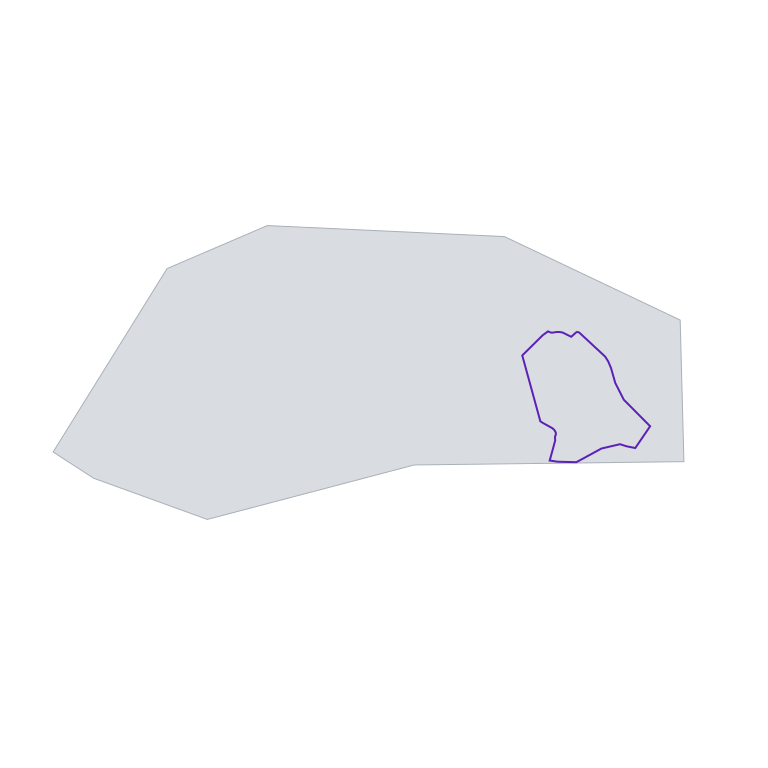 location of Saint George within Dominica, rotated 282°
{"feature_id": "DMA-1434", "entity_name": "Saint George", "entity_type": "Parish", "adm_level": 1, "iso_a3": "DMA", "parent_name": "Dominica", "parent_adm1": "", "projection": "mercator", "projection_center": [-61.35, 15.3], "detail": "fine", "context": "in_parent", "style": "outline", "palette": "violet", "viewbox_px": 768, "rotation_deg": 282, "n_neighbors": 0, "source": "natural_earth", "source_scale": "10m", "svg_char_len": 887}
<svg xmlns="http://www.w3.org/2000/svg" viewBox="0 0 768 768"><g transform="rotate(282 384 384)"><path d="M508.1,660.4L370.4,693.5L311.1,430.4L214.8,239.3L231.4,119.7L248.7,74.5L451.8,147.8L514.7,236.9L553.2,471.2L508.1,660.4Z" fill="#d9dde1" stroke="#a8b0b8" stroke-width="1"/><path d="M373.6,643.1L373.5,633.9L374.2,627.4L366.1,610.1L347.5,588.4L344.1,570.1L343.6,562.0L360.7,563.0L361.2,563.0L363.8,563.2L364.7,563.1L367.5,562.3L368.2,562.3L368.9,562.3L369.5,562.5L370.1,562.6L371.1,562.4L372.3,562.1L374.5,560.1L375.8,557.8L379.1,547.0L379.4,546.4L379.6,545.8L380.0,544.7L440.7,513.3L464.7,529.1L469.6,533.5L469.0,536.1L469.1,537.1L469.3,538.3L470.5,541.3L471.2,543.9L471.5,546.8L471.4,548.4L469.1,557.3L474.4,561.2L475.1,562.1L474.9,564.3L456.8,594.6L452.6,598.7L446.7,602.8L433.1,610.0L418.5,621.8L398.0,653.1L373.6,643.1Z" fill="none" stroke="#5b21b6" stroke-width="2"/></g></svg>